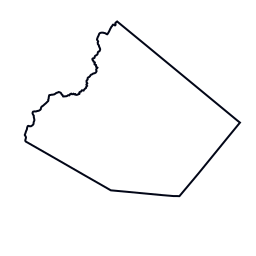 Pailin, Krong Pailin, Cambodia, rotated 40°
{"feature_id": "14789045B44552774517246", "entity_name": "Pailin", "entity_type": "district", "adm_level": 2, "iso_a3": "KHM", "parent_name": "Cambodia", "parent_adm1": "Krong Pailin", "projection": "albers", "projection_center": [102.523, 12.778], "detail": "fine", "context": "isolated", "style": "outline", "palette": "ink", "viewbox_px": 256, "rotation_deg": 40, "n_neighbors": 0, "source": "geoboundaries", "source_scale": "gbopen_adm2", "svg_char_len": 3713}
<svg xmlns="http://www.w3.org/2000/svg" viewBox="0 0 256 256"><g transform="rotate(40 128 128)"><path d="M210.3,51.9L206.8,52.0L102.1,52.9L89.4,53.0L51.2,53.4L50.9,54.7L50.9,55.9L51.8,56.5L52.2,57.1L52.2,57.6L51.8,57.9L51.1,58.0L50.6,58.1L50.1,58.5L50.1,59.1L50.3,60.0L50.3,60.5L50.2,61.1L50.4,61.8L50.5,62.3L50.6,63.2L50.9,64.1L51.3,65.7L51.5,66.4L51.6,67.1L51.7,67.6L51.8,68.3L51.9,68.9L51.8,69.6L51.1,69.9L50.7,69.8L49.9,70.0L49.2,70.2L48.6,70.6L47.8,70.9L47.2,71.3L46.7,71.8L46.2,72.2L45.8,72.8L45.4,73.6L45.4,74.3L45.6,75.0L45.8,75.5L46.0,76.0L46.2,76.8L46.3,77.3L46.5,78.1L46.7,78.5L46.8,78.9L47.0,79.4L47.2,79.8L47.5,80.3L48.2,80.4L48.8,80.6L49.6,81.0L49.7,81.5L49.9,82.1L50.3,82.3L50.7,82.8L51.0,83.1L51.4,83.2L51.9,83.3L52.2,83.3L52.6,83.4L53.0,83.8L53.3,84.1L53.6,84.3L54.1,84.4L54.5,84.6L55.1,85.0L55.4,85.1L56.0,85.5L56.4,86.1L56.5,86.5L56.7,87.2L56.8,87.6L56.5,88.2L56.3,88.4L56.2,89.1L56.6,90.0L57.1,90.8L57.2,91.4L57.2,91.8L57.0,92.5L56.7,93.1L56.5,93.8L56.5,94.4L56.9,95.1L57.2,95.6L57.2,96.0L57.1,96.3L56.6,96.9L56.3,97.4L56.3,97.9L56.8,98.5L57.3,98.7L57.7,98.7L58.1,98.7L58.8,99.3L59.2,99.3L59.6,99.2L60.5,99.1L60.8,99.5L60.8,99.9L61.1,100.5L61.4,100.7L61.8,100.8L62.1,100.6L62.9,100.3L63.6,100.8L63.8,101.2L64.2,101.6L64.5,101.7L65.3,101.4L65.8,101.4L65.9,101.8L65.8,102.3L65.8,102.9L66.0,103.5L66.2,103.9L66.8,104.3L67.2,104.5L67.5,104.9L67.6,105.6L67.7,106.1L67.5,106.7L67.3,107.4L66.9,107.9L66.7,108.2L66.3,108.7L66.2,109.1L66.1,109.6L66.0,109.9L65.7,110.5L65.5,110.8L65.4,111.3L65.4,111.9L65.5,112.4L65.6,112.8L65.5,113.2L65.5,113.6L65.4,114.1L65.1,114.5L65.0,114.9L65.0,115.2L65.0,115.7L65.3,116.1L65.9,116.8L65.9,117.4L65.8,117.8L65.8,118.2L65.9,118.5L66.3,119.0L66.9,119.6L67.5,119.7L68.1,119.9L68.2,120.5L68.1,120.9L68.1,121.3L68.4,121.6L68.8,121.8L69.2,121.9L69.6,122.0L69.5,123.1L69.7,123.7L70.0,124.0L70.1,124.5L69.9,125.0L69.8,125.5L69.8,126.0L69.8,126.5L69.8,127.0L69.8,127.4L69.9,127.9L69.6,128.1L69.2,128.3L68.5,128.7L68.5,129.5L68.6,130.3L68.3,130.7L68.0,131.3L67.9,131.8L67.9,132.1L68.2,132.5L68.8,132.9L68.8,133.3L68.5,133.6L68.2,133.9L68.2,134.4L67.8,135.1L67.5,135.4L67.3,135.7L66.9,136.0L66.5,136.1L65.7,135.9L65.3,136.3L65.3,136.7L64.7,136.9L64.1,136.9L63.9,137.6L63.5,138.0L63.2,138.2L62.4,138.2L61.9,139.3L61.9,139.7L62.1,140.1L62.0,140.8L61.6,141.0L61.2,141.2L61.0,141.5L60.9,141.9L60.8,142.5L60.5,143.0L60.2,143.5L59.9,143.8L59.3,144.2L59.1,144.5L58.8,144.9L58.1,145.5L57.7,145.4L56.8,144.9L56.2,144.9L55.8,145.0L55.3,144.8L55.0,144.6L54.4,144.4L53.7,144.3L53.0,144.5L52.4,144.7L52.0,144.9L51.6,145.2L51.5,145.8L51.2,146.3L50.8,146.8L50.5,147.3L50.4,148.1L50.1,149.0L49.8,149.8L49.4,150.2L48.8,151.0L48.4,151.3L47.9,151.8L47.4,152.6L46.9,153.0L46.6,153.6L47.1,154.6L47.6,155.5L48.4,156.6L48.6,157.5L49.2,158.0L49.5,158.7L49.4,159.4L49.3,160.5L49.2,161.6L49.1,162.4L48.9,163.3L48.7,164.9L48.5,166.0L48.2,166.7L48.2,167.9L48.6,168.9L49.1,169.7L49.1,170.6L48.9,171.1L48.7,171.8L48.4,172.3L47.9,173.0L47.5,173.3L47.2,174.0L46.9,174.4L46.4,174.9L46.0,175.1L45.6,175.5L45.3,175.9L45.0,176.2L44.8,176.5L44.9,177.2L45.1,177.6L45.3,178.0L45.9,178.4L46.7,178.8L47.2,178.9L48.0,179.2L48.8,180.2L49.4,180.6L49.9,181.0L50.4,181.4L51.2,182.1L51.6,182.9L52.0,184.2L53.0,185.6L53.1,186.2L53.1,186.8L53.1,187.3L52.8,188.2L52.5,189.1L52.0,189.5L51.5,189.9L50.6,190.2L50.2,190.6L50.0,191.0L50.3,192.0L50.7,192.9L51.2,193.7L51.5,194.3L51.8,195.5L52.2,196.6L52.6,197.5L53.0,198.5L53.2,199.2L53.4,199.7L54.2,200.0L54.9,200.2L55.8,200.7L56.2,201.3L56.7,202.3L56.9,202.9L57.2,203.3L57.5,203.8L58.4,204.1L88.3,198.7L125.4,192.1L154.9,186.8L167.4,178.1L197.1,157.6L204.6,152.3L206.6,150.9L211.2,147.1L211.2,117.9L210.5,70.0L210.3,51.9Z" fill="none" stroke="#020617" stroke-width="2"/></g></svg>